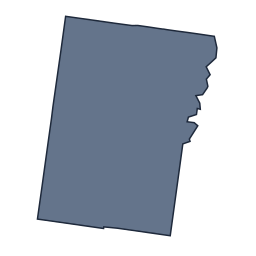 Canadian, Oklahoma, United States of America (Robinson projection), rotated 278°
{"feature_id": "52423323B84660675823799", "entity_name": "Canadian", "entity_type": "district", "adm_level": 2, "iso_a3": "USA", "parent_name": "United States of America", "parent_adm1": "Oklahoma", "projection": "robinson", "projection_center": [-97.892, 35.525], "detail": "fine", "context": "isolated", "style": "filled", "palette": "slate", "viewbox_px": 256, "rotation_deg": 278, "n_neighbors": 0, "source": "geoboundaries", "source_scale": "gbopen_adm2", "svg_char_len": 776}
<svg xmlns="http://www.w3.org/2000/svg" viewBox="0 0 256 256"><g transform="rotate(278 128 128)"><path d="M25.1,117.8L26.7,117.8L27.3,131.3L27.2,184.8L29.0,184.8L94.7,184.6L119.9,184.5L123.4,191.3L125.6,190.3L139.9,196.8L142.5,192.8L142.4,185.7L147.2,186.3L150.9,193.9L157.0,193.9L156.6,197.0L162.6,195.6L169.5,190.7L171.4,197.2L178.8,200.9L180.4,201.3L187.3,198.8L192.2,201.9L199.5,196.9L202.0,199.0L209.7,205.3L219.7,204.9L230.8,200.7L230.8,200.1L230.9,184.8L230.9,173.6L230.8,162.4L230.8,152.9L230.9,149.4L230.8,148.6L230.8,142.9L230.9,134.7L230.9,131.8L230.9,126.0L230.9,123.3L230.0,117.9L229.9,101.1L229.9,89.9L229.9,50.7L195.8,50.8L138.7,50.7L127.2,50.9L104.4,50.9L59.2,51.0L25.2,51.0L25.2,56.6L25.1,117.8Z" fill="#64748b" stroke="#1e293b" stroke-width="1.5"/></g></svg>